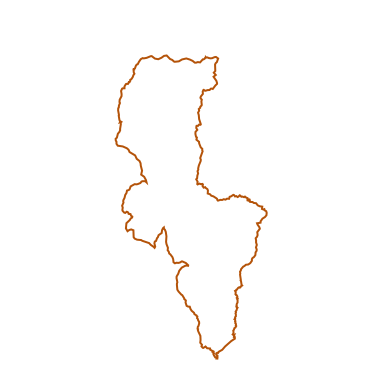 Catamayo, Loja, Ecuador (Albers equal-area conic projection), rotated 213°
{"feature_id": "8360857B67514259930674", "entity_name": "Catamayo", "entity_type": "district", "adm_level": 2, "iso_a3": "ECU", "parent_name": "Ecuador", "parent_adm1": "Loja", "projection": "albers", "projection_center": [-79.405, -3.991], "detail": "fine", "context": "isolated", "style": "outline", "palette": "amber", "viewbox_px": 384, "rotation_deg": 213, "n_neighbors": 0, "source": "geoboundaries", "source_scale": "gbopen_adm2", "svg_char_len": 6001}
<svg xmlns="http://www.w3.org/2000/svg" viewBox="0 0 384 384"><g transform="rotate(213 192 192)"><path d="M100.0,67.7L98.1,67.2L97.6,67.4L96.5,69.8L94.2,69.2L91.6,70.6L90.9,69.7L88.3,69.8L87.9,69.3L87.4,70.0L87.0,70.0L86.8,69.0L85.7,68.7L85.9,67.8L84.5,66.9L82.5,66.0L81.4,66.7L80.9,66.5L80.7,65.7L80.0,66.1L80.8,67.7L81.7,68.3L81.7,68.7L83.2,68.9L83.7,70.1L83.2,71.0L82.5,71.2L82.5,72.7L80.7,76.1L80.1,80.5L79.3,83.4L77.9,88.4L76.2,92.3L76.8,92.7L76.9,93.2L77.9,93.1L78.2,93.9L78.0,94.2L78.7,94.5L78.8,95.4L79.5,94.6L80.3,94.7L80.2,95.5L80.7,96.9L81.9,98.2L81.8,99.4L82.3,100.8L81.8,101.9L81.9,103.6L82.5,103.7L82.9,104.7L83.5,105.4L84.3,105.6L84.7,106.6L85.3,106.8L85.4,107.4L86.5,108.5L87.0,108.5L86.8,109.3L87.3,109.6L87.7,110.9L87.5,111.6L88.6,113.3L89.4,113.9L89.5,114.9L90.3,115.5L90.2,117.0L90.7,118.4L90.8,119.7L91.7,119.6L92.4,120.1L92.3,120.8L92.9,121.1L93.5,122.6L93.6,124.1L95.0,126.3L95.7,126.7L95.6,127.4L96.8,127.6L96.7,128.7L97.4,129.3L98.4,129.8L98.8,129.6L99.1,129.9L99.8,129.9L100.8,131.8L102.0,132.5L101.3,133.6L101.6,134.2L101.2,134.8L101.1,136.7L100.6,137.7L100.1,137.7L99.9,138.3L99.5,138.4L99.6,139.6L99.0,140.9L99.9,141.2L102.5,144.1L103.1,144.3L103.3,145.0L106.8,149.0L107.1,149.9L108.3,151.3L108.3,152.7L108.8,154.0L108.4,157.3L107.7,158.5L107.2,160.3L105.3,161.9L104.4,164.1L104.3,166.9L105.2,168.3L105.3,169.5L104.6,171.3L104.5,173.6L105.8,176.0L105.8,177.9L106.5,179.1L108.2,180.4L108.8,182.9L110.9,184.7L111.7,186.1L113.4,187.9L113.1,189.9L113.5,191.6L115.4,193.9L115.1,198.1L116.2,199.1L119.3,200.4L120.4,201.2L117.8,203.6L118.5,204.8L118.4,208.0L117.2,210.7L116.9,213.0L118.0,215.2L119.3,216.3L121.1,216.2L122.0,217.0L122.6,216.2L124.1,215.9L125.1,218.0L127.5,216.9L129.6,216.6L132.1,217.5L134.4,216.4L135.7,216.6L137.9,215.3L138.4,215.4L139.0,216.6L139.7,217.1L140.4,216.8L140.3,215.4L140.9,215.2L142.2,217.1L143.4,216.8L145.1,217.0L145.5,216.0L147.3,215.6L148.0,214.9L149.6,215.3L150.2,215.2L150.5,213.5L151.0,212.6L152.6,212.7L153.5,211.7L154.9,212.3L155.8,212.1L156.8,209.7L157.8,208.5L157.2,206.5L159.0,205.5L159.7,203.9L161.5,203.2L162.3,201.8L164.0,200.8L165.5,198.9L166.2,199.0L167.3,199.9L168.0,200.0L171.7,200.0L173.8,199.4L175.6,199.9L178.0,199.3L179.5,202.0L180.7,202.8L183.0,202.9L183.6,203.2L184.6,202.0L186.5,202.8L186.8,204.1L187.6,204.5L188.9,203.4L190.3,203.1L191.4,201.4L191.9,201.5L192.9,203.7L195.4,205.0L195.2,206.3L196.5,208.8L197.0,210.9L198.7,212.5L198.9,214.2L199.7,215.2L200.7,218.0L201.6,222.7L202.2,223.9L203.6,224.9L205.3,232.0L206.1,232.5L206.9,233.8L209.0,234.2L212.5,236.7L213.4,237.9L216.8,238.3L217.6,240.4L218.7,240.5L220.8,242.6L221.8,244.3L221.4,247.0L223.3,248.0L224.2,249.7L224.0,250.2L223.0,250.7L222.8,252.3L221.5,253.0L221.5,253.6L225.7,257.0L228.3,260.3L230.1,261.8L230.3,264.1L231.5,265.3L231.0,267.1L231.5,268.1L231.1,269.8L231.3,270.4L233.4,273.0L234.1,274.8L235.7,275.2L236.4,275.9L236.6,277.2L236.3,280.2L237.7,282.0L238.0,283.8L237.8,284.1L236.2,284.0L235.7,284.4L234.4,286.0L232.8,287.1L232.5,288.9L231.9,289.4L230.7,289.7L230.4,294.1L229.9,296.3L230.3,297.0L232.1,298.5L236.7,300.4L235.8,303.1L238.7,303.9L238.4,306.2L242.1,311.5L242.3,312.9L241.9,314.5L242.8,318.2L245.5,318.3L246.6,317.3L248.0,315.2L249.2,314.2L250.9,313.5L252.5,313.2L253.4,312.5L253.9,312.6L253.6,312.0L254.1,311.4L254.0,310.6L254.6,309.4L255.2,309.1L255.8,305.1L257.9,304.1L259.1,302.6L260.2,302.0L262.8,302.3L266.0,301.9L269.5,300.9L272.5,297.8L274.2,294.4L277.4,291.8L278.1,291.6L280.5,292.0L282.9,291.6L287.6,292.7L289.6,290.9L290.7,288.0L292.6,285.0L295.7,283.7L299.8,284.0L300.6,283.4L303.1,279.8L305.2,277.8L306.3,277.4L307.3,275.5L307.4,272.3L307.1,269.6L307.8,268.7L307.8,267.1L307.2,264.8L307.3,263.9L307.7,263.6L307.3,263.2L307.7,262.8L306.0,260.6L304.7,259.8L304.8,258.2L304.3,256.0L304.3,253.7L304.9,252.5L304.3,251.6L304.4,250.4L304.7,250.1L304.3,249.8L304.7,249.2L304.6,247.7L305.4,247.4L306.2,246.5L306.1,243.7L305.1,242.2L306.6,241.2L306.9,240.6L306.5,238.1L304.4,235.8L303.3,234.0L302.9,230.0L301.8,227.9L300.9,227.4L300.4,224.8L299.4,222.9L299.5,222.1L298.4,220.2L295.1,216.7L295.1,216.2L292.2,213.0L291.3,212.3L290.5,212.3L290.4,211.4L289.8,212.3L289.4,212.3L289.7,211.2L288.7,210.3L286.6,205.6L285.9,204.7L285.6,202.9L285.9,200.5L284.6,196.7L285.0,195.0L283.9,193.6L282.7,193.0L281.6,191.3L279.5,190.4L274.9,192.5L270.5,193.2L268.3,192.9L266.1,191.5L259.6,191.7L256.4,189.7L252.9,189.4L250.8,188.1L249.3,186.2L245.5,182.7L244.1,178.9L240.4,178.7L237.1,176.9L235.4,175.3L237.1,175.6L239.3,174.2L240.0,173.3L240.2,171.4L241.8,169.1L242.7,168.2L244.4,167.3L246.5,163.3L245.8,160.1L246.2,159.1L247.3,157.8L246.4,155.5L246.4,153.2L245.4,150.4L245.1,147.7L244.6,146.7L243.7,145.8L243.1,142.4L241.6,141.2L240.6,139.0L240.1,138.5L237.7,137.8L236.6,138.1L236.0,139.9L235.0,140.1L234.2,140.0L233.4,139.2L232.9,139.2L231.6,140.0L230.2,138.9L228.7,138.9L228.3,138.0L229.0,136.4L228.9,134.7L230.0,130.1L227.6,125.5L224.7,124.0L223.9,126.0L222.6,127.5L220.3,128.0L216.3,122.3L214.7,121.7L212.1,122.1L208.5,124.0L207.1,124.0L200.1,125.8L197.9,125.2L194.4,125.1L193.0,124.8L193.1,126.1L195.6,128.5L196.2,130.2L195.5,131.4L196.2,134.2L196.0,135.4L196.5,137.6L195.1,141.1L196.3,143.6L196.6,145.9L196.3,146.9L195.5,145.9L194.2,145.6L192.3,144.3L189.3,140.9L186.6,136.1L185.0,134.4L181.8,132.1L180.7,129.9L179.0,129.3L177.6,128.0L176.2,127.9L172.9,126.7L171.2,125.4L169.2,123.0L167.5,122.9L166.4,124.3L164.8,125.1L163.7,126.3L162.8,128.2L162.3,128.5L158.5,129.1L155.3,128.5L155.1,128.0L156.6,127.3L157.6,126.3L159.4,123.0L159.8,119.0L159.0,115.9L158.9,112.8L158.1,111.4L155.1,108.3L154.8,107.1L154.1,105.9L151.1,102.1L149.1,101.2L144.9,100.1L144.0,100.2L140.5,98.5L140.2,98.0L138.1,97.7L137.2,95.8L134.5,93.6L132.8,93.8L131.4,94.6L129.6,93.1L127.6,92.2L124.5,91.8L123.5,90.9L121.0,90.9L120.8,90.6L119.7,90.5L119.1,89.0L118.0,88.7L116.9,87.7L115.4,87.0L114.5,85.9L113.6,83.2L113.7,82.2L112.9,80.4L112.2,80.3L112.0,79.5L110.8,78.5L106.6,75.9L104.2,72.5L103.0,70.1L100.4,69.3L100.0,67.7Z" fill="none" stroke="#b45309" stroke-width="2"/></g></svg>